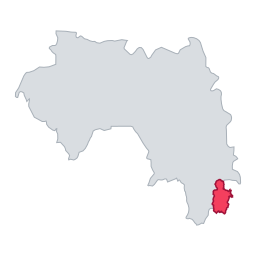 Lola, Lola, Guinea shown in context
{"feature_id": "49546643B14657084308206", "entity_name": "Lola", "entity_type": "district", "adm_level": 2, "iso_a3": "GIN", "parent_name": "Guinea", "parent_adm1": "Lola", "projection": "natural_earth1", "projection_center": [-8.248, 8.016], "detail": "fine", "context": "in_parent", "style": "filled", "palette": "rose", "viewbox_px": 256, "rotation_deg": 0, "n_neighbors": 0, "source": "geoboundaries", "source_scale": "gbopen_adm2", "svg_char_len": 6625}
<svg xmlns="http://www.w3.org/2000/svg" viewBox="0 0 256 256"><path d="M160.9,180.0L158.6,179.6L157.5,180.1L154.4,184.4L152.5,186.0L149.6,185.5L148.6,185.8L147.8,185.3L148.9,183.0L150.4,178.4L154.2,173.8L154.3,172.8L152.7,170.1L151.1,166.4L151.1,162.4L150.8,159.6L147.4,158.8L146.8,158.3L146.7,157.3L148.6,152.4L148.8,151.4L148.5,150.5L146.4,148.0L143.2,143.3L137.6,133.7L135.6,131.7L133.6,128.7L132.8,126.9L130.7,126.2L111.2,126.3L110.9,128.8L104.2,130.5L100.0,128.6L95.4,129.7L93.2,131.0L91.4,136.6L90.4,137.8L89.4,140.3L88.5,141.7L87.5,144.4L85.3,148.4L83.0,150.9L79.1,152.3L77.9,156.4L77.0,158.0L75.4,159.2L73.8,160.0L70.6,159.2L68.8,159.9L68.5,158.9L69.6,155.6L68.8,153.9L65.7,150.5L65.4,148.8L64.5,146.7L60.5,142.3L56.7,142.6L57.8,138.9L57.7,134.0L56.5,131.4L56.8,128.6L56.1,128.8L54.9,130.7L52.8,130.1L48.7,127.2L46.7,124.4L46.4,122.0L46.0,121.0L44.7,121.5L42.2,121.5L34.3,117.2L28.8,106.5L28.7,104.1L29.5,99.9L29.3,98.8L26.8,101.5L26.3,99.7L24.3,95.4L23.8,92.9L21.9,91.8L20.4,91.6L19.2,92.4L17.7,97.5L16.5,97.4L15.4,96.4L15.6,92.6L18.7,87.9L23.8,76.0L25.6,73.3L26.8,72.4L29.1,72.3L33.8,70.7L39.5,67.0L43.9,67.3L49.1,66.8L55.8,64.3L55.9,56.3L55.7,54.5L53.3,52.9L51.9,51.5L50.8,49.8L49.3,48.5L49.4,47.2L52.4,45.5L55.1,45.5L56.0,44.9L56.7,43.7L57.5,40.9L57.8,37.8L56.0,33.7L56.1,30.9L66.0,31.3L71.4,32.1L75.8,32.3L76.5,33.0L75.9,35.8L76.4,37.4L77.9,37.8L80.4,35.9L81.7,36.3L84.5,38.8L87.1,39.4L89.9,40.8L92.5,41.5L94.8,41.4L96.6,42.7L99.9,43.2L104.2,41.4L107.5,40.7L112.2,40.5L114.7,41.1L121.8,39.7L127.4,40.5L126.6,41.4L124.0,47.8L124.3,48.9L130.0,54.3L131.3,54.7L132.9,54.0L135.3,51.5L137.3,48.8L139.2,47.5L141.3,47.6L143.1,49.5L147.1,57.5L148.1,58.5L149.1,58.4L150.9,57.0L151.8,55.2L155.6,49.9L161.4,47.3L175.3,53.3L177.3,53.8L178.5,53.3L180.2,49.8L185.5,46.7L188.0,45.9L189.4,45.8L190.0,44.8L190.2,43.3L189.9,41.8L188.3,39.1L188.3,38.3L189.2,37.8L191.2,37.4L193.8,37.7L196.7,38.8L199.0,40.5L200.4,42.5L203.0,51.0L205.9,57.6L205.8,66.5L207.0,67.4L208.5,67.8L209.1,68.5L210.5,72.1L211.9,73.2L213.5,73.5L216.5,75.8L218.4,76.7L218.7,77.4L218.6,78.4L217.9,79.6L215.0,82.1L213.5,84.2L210.6,89.2L210.5,90.1L211.1,90.8L212.3,90.9L213.6,90.6L216.4,88.8L218.5,89.4L220.5,90.8L221.3,92.3L221.5,94.2L221.0,96.6L221.0,99.4L221.6,104.1L222.7,108.8L223.8,110.5L230.6,114.6L231.3,116.2L231.6,117.9L231.2,120.3L230.5,121.6L226.7,125.3L226.1,127.0L226.4,130.3L226.7,144.0L228.2,146.3L229.9,147.5L234.0,146.9L233.9,150.7L233.4,155.0L235.8,156.3L237.0,157.6L237.7,158.8L233.9,161.1L232.8,162.4L232.3,166.0L232.4,169.3L237.5,171.6L239.5,174.4L240.3,177.2L240.6,182.6L240.2,183.9L238.9,183.9L236.3,180.6L232.3,180.3L229.4,179.6L224.4,180.1L223.6,181.0L223.0,188.2L224.2,189.4L226.6,190.8L228.1,191.4L229.4,191.2L230.4,192.1L230.6,194.5L229.9,196.2L228.6,197.8L227.0,202.0L227.3,205.8L224.6,211.8L223.8,213.0L220.1,211.8L217.7,211.4L216.0,213.0L213.6,210.6L213.1,208.7L212.3,208.4L210.7,208.3L209.2,209.4L208.5,211.3L208.2,215.2L205.5,218.9L203.6,223.5L201.4,223.1L200.9,223.6L198.6,224.8L196.6,225.1L196.1,223.9L194.9,222.9L193.6,221.0L192.2,219.4L189.3,218.3L188.2,218.8L186.9,218.6L186.0,218.0L186.1,217.1L187.6,214.7L188.5,212.5L188.9,210.1L188.9,207.8L188.1,204.6L186.9,202.0L186.6,200.5L186.7,198.4L186.4,196.4L186.0,195.4L185.4,191.7L184.7,191.0L184.2,188.0L184.4,184.9L183.3,183.8L181.6,182.9L180.5,181.7L179.9,180.4L179.3,180.0L178.8,180.1L178.3,180.9L177.7,181.1L176.7,178.2L176.3,178.1L175.6,178.8L167.6,182.0L166.6,179.2L165.1,178.8L162.5,179.9L160.9,180.0Z" fill="#d9dde1" stroke="#a8b0b8" stroke-width="1"/><path d="M216.6,187.6L217.3,188.2L217.3,188.5L217.4,188.8L217.4,189.0L217.2,189.7L216.7,189.8L216.1,189.9L215.7,190.0L215.3,190.1L214.5,190.1L214.1,190.6L213.7,190.6L213.5,190.9L213.4,191.4L213.2,191.7L213.2,192.1L213.3,192.5L213.4,192.8L213.5,193.0L213.3,193.6L213.1,194.0L213.2,194.3L213.6,194.5L214.1,195.2L214.3,195.6L214.4,196.2L213.9,196.8L213.5,197.8L213.3,198.4L213.2,199.1L213.1,199.7L213.2,200.1L213.4,200.6L213.6,200.9L213.5,201.3L213.3,201.6L213.1,201.9L213.0,202.2L212.9,202.4L212.9,202.7L212.4,203.3L212.2,203.9L212.4,204.6L212.7,204.8L213.2,204.9L213.6,205.2L213.6,205.8L213.4,206.3L213.5,206.5L213.6,207.9L213.6,208.1L213.8,208.4L213.8,208.5L213.8,208.8L213.9,209.7L213.6,210.6L213.7,210.8L213.9,211.0L214.2,211.3L216.0,212.5L216.4,213.1L217.4,212.0L218.1,211.2L218.5,211.1L218.8,211.0L219.0,211.2L219.2,211.6L219.2,211.8L219.2,212.2L219.4,212.3L219.6,212.4L219.9,212.4L220.1,212.3L220.3,212.2L220.9,211.5L221.0,211.5L221.3,211.5L221.6,211.4L221.7,211.6L221.7,211.8L221.8,212.0L222.0,212.3L223.0,212.6L223.7,213.2L223.8,213.3L224.3,213.8L224.6,213.8L224.9,213.4L225.2,213.1L225.4,212.7L225.5,212.5L225.6,212.1L225.6,211.0L225.6,210.8L226.1,209.9L226.3,209.7L226.5,209.5L226.5,209.1L226.6,208.4L226.6,208.2L226.9,207.7L227.1,207.5L227.4,207.4L227.8,207.4L228.0,207.1L228.0,206.7L228.1,206.1L228.2,205.5L228.7,204.7L228.7,204.4L228.7,204.1L228.4,203.7L227.4,202.8L227.3,202.4L227.3,202.1L227.3,201.9L227.6,201.4L228.0,200.9L228.3,200.4L228.3,200.2L228.6,199.4L228.9,198.7L229.0,198.3L229.2,197.2L228.9,196.9L229.0,196.8L229.1,196.4L229.4,196.2L229.5,196.2L229.9,196.2L230.0,196.2L230.3,196.1L230.6,196.1L230.8,195.9L231.0,195.9L231.2,196.0L231.3,196.1L231.1,196.6L231.3,196.6L231.4,196.9L231.5,196.8L231.7,196.6L232.1,196.8L232.3,197.0L232.5,197.0L232.5,196.8L232.5,196.7L232.5,196.4L232.4,196.2L232.5,195.9L232.5,195.7L232.3,195.7L232.0,195.6L231.8,195.0L231.5,194.4L231.3,194.3L231.1,194.2L230.6,193.9L230.5,193.7L230.4,193.6L230.6,193.2L230.4,193.0L230.4,192.8L230.6,192.5L230.6,192.2L230.6,191.6L230.6,191.4L230.9,191.1L231.0,191.0L231.0,190.9L231.1,190.7L231.1,190.4L230.9,190.2L230.7,190.2L230.7,190.3L230.4,190.4L230.3,190.6L230.2,190.6L230.0,190.4L229.8,190.0L229.7,190.0L229.7,189.9L229.5,190.1L229.3,190.8L228.9,191.4L228.8,191.5L228.3,191.3L228.1,191.3L228.0,191.1L227.8,190.9L227.7,190.8L227.7,190.7L227.0,190.3L225.8,190.3L225.7,190.2L225.4,190.1L225.1,189.9L224.5,189.2L224.2,188.9L223.8,189.2L223.6,189.2L223.4,189.1L223.3,188.9L223.3,188.5L223.3,188.3L223.3,188.2L223.5,187.7L223.8,187.4L223.8,187.0L223.8,186.9L223.8,186.6L223.6,185.9L223.6,185.6L223.9,185.0L223.9,184.9L224.0,184.6L224.0,184.4L223.8,183.9L223.6,183.2L223.6,182.7L223.5,182.0L223.5,181.9L223.4,181.5L223.1,181.4L222.6,181.5L222.3,181.4L222.1,180.8L221.5,180.8L221.1,180.6L220.9,180.1L220.7,179.7L220.4,179.6L219.9,179.8L219.4,179.6L219.2,179.5L218.8,179.8L218.4,180.1L217.8,180.4L217.3,180.6L216.6,181.0L216.3,181.4L216.0,182.0L215.8,182.9L215.7,183.1L215.6,183.4L215.4,183.6L215.0,184.1L215.1,184.4L215.5,184.9L215.7,185.4L215.9,186.2L216.2,186.9L216.6,187.6Z" fill="#f43f5e" stroke="#9f1239" stroke-width="1.5"/></svg>